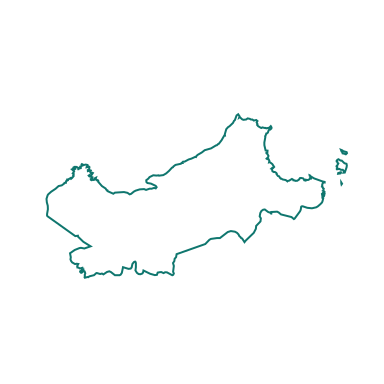 Botum Sakor, Kaôh Kong, Cambodia (Natural Earth projection), rotated 224°
{"feature_id": "14789045B91136996845349", "entity_name": "Botum Sakor", "entity_type": "district", "adm_level": 2, "iso_a3": "KHM", "parent_name": "Cambodia", "parent_adm1": "Kaôh Kong", "projection": "natural_earth1", "projection_center": [103.368, 11.059], "detail": "fine", "context": "isolated", "style": "outline", "palette": "teal", "viewbox_px": 384, "rotation_deg": 224, "n_neighbors": 0, "source": "geoboundaries", "source_scale": "gbopen_adm2", "svg_char_len": 6048}
<svg xmlns="http://www.w3.org/2000/svg" viewBox="0 0 384 384"><g transform="rotate(224 192 192)"><path d="M279.0,74.2L245.3,79.2L243.7,81.3L242.9,80.7L235.6,80.7L227.2,82.5L230.2,76.6L233.1,74.7L234.0,73.5L236.1,68.8L237.2,63.2L233.9,60.9L232.6,59.1L231.1,58.4L229.3,58.1L226.1,58.9L225.1,60.3L223.8,61.2L223.1,58.9L222.0,58.1L221.3,58.7L219.5,59.1L218.4,61.0L217.0,59.2L216.9,58.7L217.4,57.4L217.1,56.9L215.8,56.8L215.3,57.2L215.1,58.8L215.7,60.4L215.0,59.9L214.1,60.3L212.3,59.4L211.5,57.7L210.8,57.3L210.0,56.0L209.5,55.9L208.1,58.3L207.5,58.6L207.2,60.1L204.7,64.1L204.5,67.1L204.2,67.6L201.1,69.2L200.1,70.8L198.5,71.2L197.6,75.4L196.4,77.5L194.7,78.1L189.7,78.6L186.4,81.7L185.9,82.9L186.3,85.1L189.4,90.0L184.3,92.6L182.9,94.3L183.0,95.8L184.9,98.9L185.1,101.3L184.6,102.4L183.8,102.4L182.9,101.8L180.1,98.9L178.2,96.3L175.5,95.6L173.4,95.9L172.0,97.0L171.1,98.9L171.3,100.1L172.4,101.8L165.3,104.1L161.0,106.4L159.7,108.0L160.7,110.2L159.2,112.3L158.4,113.1L156.1,113.9L155.6,115.6L154.2,116.8L148.4,118.4L148.0,119.4L148.5,120.8L150.2,121.5L153.7,126.2L156.3,127.7L156.7,130.0L158.1,131.9L158.2,134.1L159.9,136.6L146.3,163.8L146.3,169.7L145.8,171.4L142.2,176.0L139.9,178.3L138.5,188.0L136.9,190.9L133.5,193.3L131.2,193.9L129.1,193.8L127.1,193.1L126.0,193.3L124.8,193.0L123.6,193.4L119.4,192.4L119.6,194.5L119.2,205.5L120.5,209.9L122.3,212.2L122.3,218.4L124.2,220.9L126.4,221.5L128.3,224.4L128.9,226.6L128.5,228.7L127.5,230.0L123.4,230.5L121.8,231.2L121.4,232.1L120.3,231.4L120.0,231.6L120.8,232.7L120.6,233.2L117.1,237.0L115.4,237.5L112.4,237.7L103.0,243.1L99.9,243.3L99.7,244.2L100.9,253.2L101.5,254.8L103.2,257.2L103.2,257.7L102.5,258.6L98.1,260.7L94.4,263.6L92.0,267.3L91.5,269.1L91.2,272.4L91.2,274.7L91.6,275.8L93.2,278.6L94.0,278.3L94.6,278.8L94.2,280.7L94.5,281.3L95.0,281.2L95.9,280.0L97.2,280.9L97.0,281.9L96.4,282.2L95.3,281.9L95.3,282.8L95.6,283.1L96.8,283.0L96.5,283.6L96.7,284.1L98.6,283.8L98.5,284.6L99.1,285.0L99.6,285.9L100.3,285.7L101.2,286.2L102.2,286.1L102.4,286.9L103.2,287.3L104.1,289.2L103.7,290.6L103.2,291.0L103.6,291.4L105.4,290.3L113.6,286.6L116.7,285.9L116.8,284.5L115.9,284.6L115.7,284.2L116.4,283.6L116.6,281.7L117.7,280.4L118.8,279.9L119.0,279.6L118.4,279.0L119.4,278.4L120.5,278.9L121.5,279.0L123.4,277.8L124.0,277.0L123.9,276.1L123.6,275.6L124.1,273.2L125.5,271.7L126.3,271.7L127.2,270.8L127.9,271.1L129.2,270.8L130.1,267.4L131.0,266.3L130.9,265.9L132.9,265.7L135.5,264.0L137.3,263.6L137.4,263.3L138.7,263.3L140.1,263.8L141.4,263.2L143.6,263.6L143.8,264.1L144.7,264.3L146.4,263.9L147.0,263.2L148.5,262.8L150.6,264.1L151.1,263.9L151.0,265.3L150.3,265.6L150.3,267.1L153.7,267.9L156.9,267.5L157.2,266.9L158.0,268.2L160.1,268.9L160.8,268.9L160.8,267.9L161.5,267.8L161.5,270.1L162.1,271.1L164.4,271.8L164.8,272.2L165.2,271.6L165.6,271.7L165.4,273.0L166.4,274.2L167.9,273.0L172.4,275.9L174.3,277.8L177.3,282.3L178.1,282.9L178.0,283.2L179.2,285.7L178.8,286.2L178.7,287.5L179.8,289.8L179.7,290.6L179.1,291.2L179.0,292.8L179.4,293.5L180.5,294.0L181.1,294.1L181.1,291.9L182.8,289.4L183.5,289.3L183.8,288.8L186.3,287.3L186.5,286.3L187.0,286.0L190.1,285.3L191.8,285.5L192.0,286.3L193.8,286.9L194.2,288.5L195.8,288.4L197.2,286.3L198.9,286.1L199.9,285.1L201.2,284.8L203.1,283.6L203.4,281.8L205.2,279.6L206.6,279.1L209.7,279.1L209.8,278.4L210.4,279.5L212.8,280.0L213.1,278.0L211.1,273.5L211.2,272.3L210.5,270.2L210.7,265.3L211.1,263.8L211.0,261.0L208.5,256.3L207.5,255.5L208.0,255.1L207.9,254.5L206.7,249.8L206.2,245.3L206.5,244.8L206.6,242.9L207.1,242.2L208.6,236.6L211.9,230.9L212.4,227.3L213.7,222.7L213.8,221.1L213.4,219.9L214.1,219.5L215.6,215.6L217.0,213.1L218.4,208.7L219.5,207.6L219.5,206.2L219.1,206.1L219.7,205.5L219.6,204.6L222.7,200.0L223.1,197.4L222.9,196.6L223.3,195.6L223.2,191.1L223.5,187.4L224.4,184.2L227.1,180.8L227.6,180.8L228.9,179.2L231.5,177.1L232.9,173.2L232.7,171.3L233.1,168.7L231.7,167.5L230.3,167.5L227.4,169.5L222.4,171.2L220.8,170.9L220.6,169.4L222.1,168.6L223.4,166.2L224.7,165.1L226.5,161.6L228.5,160.8L231.4,157.6L233.5,153.8L234.1,151.9L234.5,148.4L235.2,147.0L237.8,146.6L240.9,144.7L247.0,138.0L247.4,136.1L253.2,134.0L253.8,134.0L254.0,134.4L255.3,134.1L256.5,134.5L260.9,133.7L266.7,134.2L266.9,134.8L267.6,135.1L268.7,134.7L268.9,134.2L270.5,134.6L271.0,135.6L271.4,134.5L270.8,133.0L271.0,132.4L271.9,131.9L272.3,130.8L273.3,130.5L273.8,130.9L273.3,133.0L273.8,133.5L276.7,131.9L277.7,132.0L277.5,133.1L276.3,133.5L276.0,134.1L276.5,136.8L277.1,136.6L277.9,135.3L278.3,135.3L279.1,135.7L279.6,137.2L279.9,137.2L281.4,134.7L282.2,135.4L281.8,136.8L283.0,138.6L283.4,138.8L283.8,138.4L285.0,136.5L285.2,136.8L285.2,138.2L285.5,138.8L285.9,138.9L287.5,137.9L288.6,136.2L290.6,135.6L290.6,135.2L289.1,135.0L290.0,132.9L288.6,132.1L288.6,131.8L289.8,131.4L289.4,129.6L289.6,129.4L290.5,130.2L291.7,130.1L292.7,129.7L293.9,128.5L293.7,128.1L294.3,127.4L294.2,127.1L292.2,127.9L292.0,127.6L292.3,126.6L293.5,126.4L294.1,124.9L291.2,125.0L290.7,122.8L290.1,123.2L289.0,122.1L289.2,121.6L289.0,121.3L288.2,121.1L288.0,119.0L288.1,118.0L288.7,118.4L289.0,118.0L289.0,116.9L289.3,116.8L289.8,115.0L289.4,114.4L289.6,113.8L290.3,114.5L290.5,114.3L290.0,113.5L290.2,112.9L289.9,112.0L289.1,111.0L290.1,110.0L289.8,109.3L290.3,106.3L292.1,103.6L292.4,99.5L293.5,94.4L293.8,90.4L293.6,89.4L291.9,86.0L289.2,83.7L286.2,81.9L283.7,79.5L280.9,75.4L279.8,74.3L279.0,74.2ZM104.9,310.9L104.4,310.5L103.9,309.1L103.5,309.0L102.0,311.0L100.3,311.4L99.0,312.7L97.4,312.6L96.8,311.7L96.5,312.2L96.3,311.3L95.6,312.1L98.0,317.2L99.1,318.7L100.5,319.6L102.3,318.6L106.1,318.6L107.0,317.8L109.4,317.3L109.8,316.2L109.6,314.8L109.2,314.5L108.6,314.8L107.7,314.1L106.6,314.2L106.0,312.2L106.1,311.3L105.7,310.7L104.9,310.9ZM111.5,325.0L110.5,324.4L108.5,325.7L107.9,325.7L107.5,326.0L107.5,327.6L108.5,328.1L111.7,326.4L112.7,326.4L114.2,325.8L112.5,325.0L111.5,325.0ZM98.7,309.6L100.0,307.2L99.6,306.6L98.1,308.5L98.2,309.4L98.7,309.6ZM91.3,302.6L90.6,301.9L89.7,301.3L89.8,302.2L91.3,302.6ZM119.0,285.7L118.6,285.4L117.7,285.6L118.4,285.9L119.0,285.7Z" fill="none" stroke="#0f766e" stroke-width="2"/></g></svg>